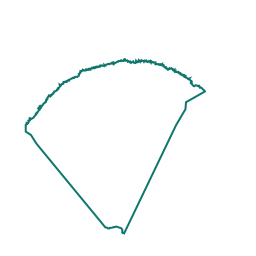 Hambou, Andjazîdja, Comoros (orthographic projection), rotated 139°
{"feature_id": "10938185B8813398551192", "entity_name": "Hambou", "entity_type": "district", "adm_level": 2, "iso_a3": "COM", "parent_name": "Comoros", "parent_adm1": "Andjazîdja", "projection": "orthographic", "projection_center": [43.305, -11.814], "detail": "fine", "context": "isolated", "style": "outline", "palette": "teal", "viewbox_px": 256, "rotation_deg": 139, "n_neighbors": 0, "source": "geoboundaries", "source_scale": "gbopen_adm2", "svg_char_len": 5834}
<svg xmlns="http://www.w3.org/2000/svg" viewBox="0 0 256 256"><g transform="rotate(139 128 128)"><path d="M210.3,67.8L209.3,66.7L209.0,66.1L208.9,65.3L208.7,64.9L208.1,64.5L207.1,64.5L205.5,63.2L205.0,63.0L204.1,62.8L203.8,62.6L203.5,62.2L202.9,61.8L201.8,61.5L201.1,60.7L200.6,59.6L199.3,57.7L199.0,57.1L198.9,56.4L199.0,55.0L200.1,53.6L200.5,53.2L200.8,53.2L200.9,52.8L200.9,52.4L200.1,51.0L89.9,98.6L72.3,104.5L67.3,109.4L46.0,105.1L45.7,106.2L46.0,107.0L46.2,108.9L46.1,109.7L46.4,110.3L46.4,110.9L47.3,111.2L47.2,111.9L47.0,112.1L46.9,112.8L46.6,113.2L46.9,113.5L47.6,113.6L48.0,114.1L48.0,114.8L49.1,116.0L49.4,116.1L50.5,116.0L50.9,116.5L51.1,117.9L50.8,119.2L51.2,120.2L51.2,120.6L51.0,120.8L50.2,120.5L50.0,120.8L49.3,121.3L49.3,121.8L49.9,122.2L49.6,122.6L49.6,123.9L50.2,124.7L50.2,125.1L49.4,125.2L49.9,125.4L50.1,125.8L50.6,125.9L50.6,126.7L50.8,127.4L51.5,128.7L51.0,129.0L51.2,129.4L50.9,129.5L51.6,130.0L51.0,130.4L51.8,131.1L51.4,131.3L51.7,131.5L51.5,131.9L52.1,132.5L52.1,133.0L52.7,133.0L52.7,133.4L53.2,134.0L52.4,135.2L52.4,135.3L52.9,135.8L53.4,135.8L53.3,136.2L53.5,136.5L53.1,136.7L53.2,137.5L54.1,137.7L55.1,138.9L54.9,139.3L55.1,139.4L54.7,139.9L55.7,140.0L55.4,140.6L55.2,141.0L54.8,141.4L55.2,141.4L55.8,141.1L56.1,141.7L56.1,141.9L55.5,143.1L56.0,143.4L55.9,144.5L56.8,144.6L57.2,145.3L57.3,145.9L57.7,145.9L58.1,145.4L58.9,145.6L59.4,145.6L59.6,145.8L59.3,146.2L59.7,146.6L59.5,147.1L59.7,147.3L59.7,147.7L60.1,147.9L60.3,148.5L60.3,149.2L59.8,149.4L60.4,149.9L60.4,150.8L60.7,151.1L60.0,151.9L60.6,152.3L60.4,152.7L60.9,152.9L60.6,153.3L61.3,153.7L60.8,154.0L61.5,154.1L61.3,154.4L61.4,154.7L62.1,155.1L62.4,155.4L62.8,154.9L63.0,155.1L62.7,155.7L63.1,156.0L63.3,156.5L63.7,156.6L64.5,157.6L65.1,157.6L65.4,158.0L64.8,158.3L64.6,158.6L65.0,159.1L65.0,159.5L64.6,159.7L65.5,160.3L65.5,160.8L65.9,161.0L65.8,161.3L66.4,161.9L66.8,161.9L66.6,162.9L67.0,162.9L67.0,163.3L67.6,162.8L67.4,163.6L67.8,163.9L67.9,164.3L68.5,164.0L68.6,164.7L69.2,164.8L68.9,165.2L69.1,165.4L70.0,165.4L70.7,166.1L70.9,166.8L70.4,167.2L71.2,167.5L71.3,167.9L72.5,167.5L72.4,168.0L72.4,168.8L72.8,169.2L73.8,169.4L73.8,170.1L73.7,170.4L73.9,170.4L74.3,170.0L74.6,170.3L74.3,170.6L74.8,170.8L75.0,171.2L75.6,170.4L75.7,170.9L75.5,171.5L75.5,171.9L76.2,171.3L76.5,171.6L76.9,171.1L77.4,171.4L78.1,171.6L77.9,173.4L79.3,172.3L79.8,172.3L80.1,172.4L80.5,173.0L80.7,173.6L80.4,174.9L83.0,175.1L82.9,176.0L82.7,176.4L82.7,176.6L83.5,176.5L83.6,177.6L84.0,177.6L84.2,177.8L84.1,178.1L83.9,178.3L84.0,178.8L84.5,178.7L84.3,179.2L84.4,179.8L85.6,180.3L85.9,180.5L86.0,180.8L85.2,181.7L85.2,181.9L85.5,181.9L85.7,182.3L86.2,182.3L86.4,182.0L87.0,181.6L87.4,181.6L87.5,181.9L88.3,182.4L88.9,182.9L88.7,183.5L88.8,183.6L89.4,183.8L89.8,183.4L91.3,184.8L92.0,184.5L93.0,185.2L94.6,185.3L95.1,185.6L95.3,186.0L95.9,186.4L95.9,187.0L96.1,187.0L96.4,186.4L96.6,187.0L97.1,186.5L97.1,187.0L97.6,187.1L97.6,187.8L97.8,187.8L98.0,187.3L98.6,187.9L98.9,187.9L100.0,188.6L100.5,188.6L100.6,189.1L101.0,189.1L101.2,189.4L102.8,190.2L103.4,189.9L103.9,190.1L104.1,189.9L104.4,190.2L104.5,190.9L104.8,190.4L105.1,190.3L105.2,190.8L105.6,190.8L106.6,191.9L106.5,192.3L107.1,192.5L107.4,192.8L107.9,192.7L107.7,193.2L108.0,193.4L108.4,192.9L108.7,192.9L108.9,193.6L109.2,193.6L109.8,193.2L111.4,194.0L111.3,194.3L111.1,194.3L111.0,194.6L111.2,194.8L111.8,194.7L111.8,194.9L112.2,194.9L112.5,195.5L112.8,195.4L112.9,194.9L113.0,194.9L113.2,195.5L113.4,195.5L113.9,195.0L114.1,195.1L114.1,195.7L113.7,196.0L114.0,196.3L114.8,195.8L115.3,196.1L115.3,196.8L115.6,197.1L116.1,196.8L116.6,196.7L116.8,197.2L117.6,197.3L118.3,198.2L118.9,198.2L118.9,197.9L119.3,198.5L119.5,198.5L119.9,198.0L120.4,198.6L120.4,199.1L121.0,199.6L121.3,198.8L122.2,199.1L122.9,199.8L123.3,200.0L123.3,200.8L123.6,200.9L123.8,200.7L124.2,200.9L124.2,201.4L124.7,201.1L125.5,201.2L125.6,201.5L125.9,201.4L126.2,201.5L126.4,202.1L126.7,202.2L127.0,201.4L127.3,201.1L127.9,201.3L128.7,200.7L129.5,201.1L129.9,200.5L130.1,200.5L130.7,199.7L132.0,199.9L132.4,199.8L132.7,199.8L133.6,200.8L134.4,200.9L135.0,201.6L135.3,201.5L135.5,201.1L135.8,201.1L136.2,201.5L136.8,201.6L137.0,202.2L137.7,202.2L138.8,202.5L140.3,202.7L140.7,203.1L141.2,203.1L141.5,202.6L141.9,203.0L141.9,203.3L143.1,203.5L143.4,203.0L143.9,203.0L144.0,203.7L144.6,203.6L144.7,203.9L145.4,204.0L145.4,204.3L145.9,204.3L146.3,204.9L146.9,205.0L147.9,203.8L149.3,204.6L150.2,204.5L150.5,204.2L150.7,204.3L150.8,204.6L150.9,204.1L151.5,204.2L151.7,204.5L151.9,204.0L152.9,203.8L153.7,203.9L154.0,203.9L154.3,203.5L154.7,203.8L154.9,203.2L155.1,203.1L155.4,203.6L156.5,203.6L156.8,203.1L157.3,203.0L159.8,203.9L160.1,203.5L160.6,203.6L161.4,203.4L161.6,203.0L161.9,203.0L162.1,203.4L162.3,203.4L162.5,203.0L163.9,203.2L164.1,203.0L164.3,203.2L164.3,203.5L164.6,203.6L164.7,202.8L165.0,202.8L165.4,203.2L165.9,203.0L165.9,203.5L166.3,203.6L166.4,204.4L167.7,204.0L168.0,203.8L168.7,203.8L169.3,203.5L169.3,203.0L169.5,202.9L169.9,203.1L170.4,202.7L170.6,202.7L170.6,203.2L170.9,203.2L171.2,202.8L171.6,202.6L171.6,202.2L171.9,202.1L172.0,202.3L172.8,202.1L172.8,201.6L173.1,201.5L175.5,201.8L176.0,201.6L176.4,201.7L177.0,201.3L177.9,201.4L178.7,200.9L179.3,200.9L179.8,201.9L179.8,202.4L180.1,202.4L179.9,200.8L180.6,200.3L180.9,200.3L181.2,200.6L181.7,200.8L181.6,201.4L181.8,201.6L182.0,201.1L182.2,201.7L182.7,201.7L182.3,200.4L183.1,200.3L183.2,199.9L184.0,199.9L185.2,199.3L186.2,199.4L186.6,198.9L187.2,198.9L187.6,199.3L188.2,199.3L188.4,198.5L191.4,198.2L192.4,197.8L195.1,198.3L195.4,199.5L195.7,199.8L196.0,199.3L196.2,198.5L196.7,198.3L197.0,198.7L197.3,198.1L197.7,198.2L198.3,198.6L198.4,198.0L200.1,197.3L200.6,197.9L200.8,197.2L201.5,197.2L201.4,198.2L201.6,198.2L202.2,197.3L203.2,197.4L207.6,192.3L205.8,186.4L207.1,178.2L207.4,175.3L210.3,67.8Z" fill="none" stroke="#0f766e" stroke-width="2"/></g></svg>